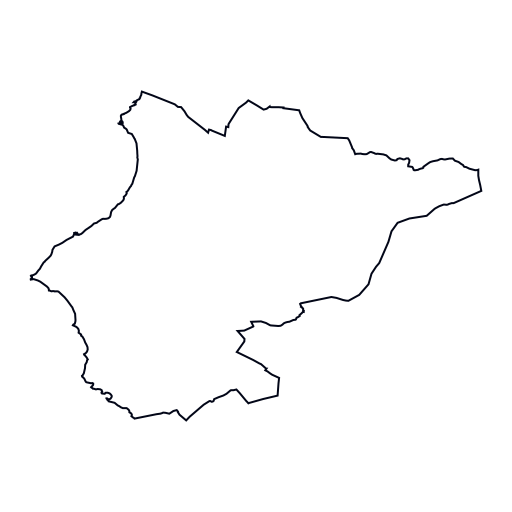 Klepp nor, Rogaland, Norway (Robinson projection)
{"feature_id": "86288312B2742263230079", "entity_name": "Klepp nor", "entity_type": "district", "adm_level": 2, "iso_a3": "NOR", "parent_name": "Norway", "parent_adm1": "Rogaland", "projection": "robinson", "projection_center": [5.601, 58.762], "detail": "fine", "context": "isolated", "style": "outline", "palette": "ink", "viewbox_px": 512, "rotation_deg": 0, "n_neighbors": 0, "source": "geoboundaries", "source_scale": "gbopen_adm2", "svg_char_len": 5978}
<svg xmlns="http://www.w3.org/2000/svg" viewBox="0 0 512 512"><path d="M263.2,399.0L277.6,395.6L278.5,383.3L279.1,377.9L272.1,374.7L270.0,373.3L267.5,371.4L265.3,370.3L266.4,368.7L266.2,368.7L261.0,364.1L259.5,363.5L253.2,360.0L236.8,352.0L244.3,341.5L244.5,338.9L237.6,331.0L244.2,330.6L253.3,326.5L253.4,326.3L251.2,321.8L261.0,321.4L266.0,323.0L269.8,325.1L270.6,325.4L278.3,326.0L280.4,325.8L281.1,325.5L282.6,324.5L283.7,323.4L285.3,322.6L287.4,322.0L289.5,321.7L293.3,320.0L295.6,319.7L295.9,319.4L296.6,317.7L298.0,317.1L299.7,316.0L299.5,315.1L301.8,313.1L302.9,311.9L303.7,312.0L303.8,310.8L303.1,310.7L303.1,308.5L301.3,307.1L301.6,306.9L301.0,306.2L300.3,304.4L300.1,303.9L300.8,303.3L331.4,297.0L336.5,297.9L343.1,300.0L346.0,300.6L348.4,300.8L359.2,294.9L368.5,284.3L371.5,273.7L376.1,266.7L379.2,263.1L388.4,241.9L391.5,231.3L397.6,222.8L409.4,218.5L426.7,215.8L434.4,209.0L435.4,208.3L439.3,206.2L443.6,204.6L444.6,204.6L446.5,204.8L447.7,204.6L448.9,204.0L451.8,203.1L453.7,203.1L481.3,190.9L480.2,185.1L479.0,180.1L478.3,175.8L478.3,173.5L478.3,169.7L477.2,170.1L475.1,170.2L469.4,168.7L466.2,167.1L464.3,166.8L463.9,166.5L463.1,165.1L461.1,163.9L458.6,162.0L454.9,160.7L452.8,158.5L449.4,158.6L445.0,159.5L443.8,159.4L441.9,158.9L440.3,159.1L437.5,160.4L433.1,161.2L431.0,161.8L429.8,162.3L428.3,163.3L423.4,166.8L423.3,167.7L422.7,168.2L420.5,168.7L418.7,169.4L418.1,169.8L414.9,170.3L414.1,170.2L413.6,169.8L413.5,169.2L413.2,168.7L412.9,167.9L412.5,167.2L412.1,166.9L408.2,166.3L408.2,164.7L409.1,162.8L409.5,160.2L408.2,158.4L406.3,158.4L404.7,159.3L403.1,159.4L402.0,158.9L399.9,158.3L397.4,159.0L396.6,160.2L394.9,160.5L391.2,159.5L389.5,158.3L386.4,155.4L383.3,154.4L377.5,153.7L376.6,153.9L375.2,153.7L374.4,153.2L371.1,152.0L370.0,152.1L367.1,153.9L366.1,154.2L364.1,154.2L362.2,154.0L360.8,153.6L356.6,153.8L355.2,154.2L353.8,150.3L352.1,148.0L352.1,147.4L349.2,140.4L347.7,138.2L324.1,137.0L320.8,136.9L310.2,130.5L307.7,127.0L307.6,126.5L307.7,126.4L307.4,125.7L302.4,118.1L300.1,112.9L299.2,110.3L283.4,108.2L283.5,107.5L278.6,107.2L271.7,107.2L269.7,107.0L269.5,106.8L269.5,106.6L266.6,108.8L263.6,109.6L257.0,105.5L248.3,100.4L246.1,102.6L238.7,108.0L228.9,123.5L228.5,124.3L228.3,127.1L226.1,126.6L224.8,135.9L211.9,130.6L211.1,130.1L209.0,129.6L208.1,132.7L204.8,129.8L188.2,116.9L186.7,115.0L184.5,111.3L181.1,107.1L177.9,106.9L174.9,104.4L173.5,103.8L152.4,95.4L141.9,91.6L141.4,93.5L141.3,94.8L140.3,96.8L140.1,97.9L139.5,98.4L139.5,98.9L139.3,99.2L137.2,100.1L135.7,101.2L135.6,101.4L136.3,101.8L136.2,102.0L135.9,102.1L134.4,101.7L134.5,101.6L134.3,101.5L133.7,102.2L134.0,102.2L134.4,102.0L135.2,102.1L135.1,102.5L135.2,103.2L135.7,104.1L135.7,104.5L134.7,104.8L134.8,105.0L134.6,105.2L132.5,105.8L130.0,107.1L130.0,107.5L130.6,108.7L130.2,109.9L128.9,111.2L126.3,112.8L123.4,114.0L123.5,114.2L122.6,114.5L121.9,114.5L121.4,114.9L120.9,115.7L120.9,116.7L121.3,119.0L121.4,120.5L120.1,121.5L119.6,122.6L119.9,123.0L120.5,123.1L121.0,122.0L122.3,121.6L122.4,121.9L122.6,122.0L122.7,122.7L121.2,122.7L120.9,122.8L121.4,123.1L121.7,123.0L122.3,123.2L122.3,123.6L121.9,123.9L121.2,123.8L121.1,123.6L119.4,123.5L118.6,123.6L118.7,123.8L122.6,124.9L123.5,126.1L124.1,127.6L126.0,128.8L126.7,129.5L128.1,132.8L128.7,133.0L131.8,134.0L133.9,137.5L134.4,138.6L134.7,138.8L136.5,143.4L137.2,150.8L137.3,153.5L137.5,156.2L137.3,157.4L137.8,159.4L136.6,170.8L134.9,176.2L134.2,177.4L132.3,183.8L131.5,184.8L131.1,185.9L129.9,187.3L128.2,190.2L127.3,191.4L126.4,192.0L126.7,193.3L126.2,194.4L125.3,195.6L123.8,196.8L123.9,198.6L123.6,199.7L122.7,200.9L120.7,202.9L118.8,204.1L117.9,204.3L115.0,207.9L113.4,209.0L112.1,210.1L111.1,212.1L110.5,215.5L110.0,216.9L108.5,218.2L106.7,218.7L104.8,218.9L103.0,218.8L101.7,219.3L97.9,221.8L96.7,222.8L94.0,223.5L91.4,226.0L85.5,230.0L82.3,233.1L80.7,234.2L78.3,234.7L77.3,233.2L77.0,233.6L76.4,233.5L76.2,234.0L77.2,234.1L77.7,234.8L75.8,234.6L76.1,233.5L76.3,232.9L75.8,232.5L74.1,233.0L74.2,233.9L73.0,236.6L66.6,239.9L62.4,242.8L58.9,244.6L54.6,246.4L52.5,249.8L52.2,251.8L51.4,254.2L50.7,255.6L48.8,257.6L45.2,260.9L44.8,261.6L43.7,262.4L41.2,266.3L39.9,268.8L38.4,270.4L36.1,273.5L34.7,274.4L33.0,275.2L31.2,275.5L30.9,275.8L31.3,276.5L32.0,277.0L32.0,277.8L30.7,279.1L30.8,279.6L33.6,279.1L37.9,280.5L40.3,281.7L46.9,286.5L48.4,288.1L48.8,289.2L48.9,290.5L49.7,290.6L51.4,291.3L52.8,291.1L53.9,291.1L54.6,291.4L57.2,291.3L58.5,291.6L64.6,297.3L67.4,300.7L71.6,306.5L72.3,307.3L73.4,310.1L75.1,313.8L75.5,320.1L75.4,321.4L74.8,323.7L73.3,324.6L72.9,325.3L75.8,326.6L77.1,327.5L78.3,328.9L78.9,330.8L78.6,332.7L81.1,334.5L81.1,335.7L82.4,336.6L84.0,339.3L85.2,342.5L86.5,344.8L87.5,347.1L87.7,349.5L87.0,351.6L85.7,353.2L84.0,354.2L84.2,354.8L85.0,355.5L86.6,357.4L87.8,359.5L87.1,360.2L86.7,362.2L85.2,364.7L85.0,368.2L83.8,373.4L82.7,375.1L82.6,375.7L82.0,375.9L82.1,376.6L84.2,378.5L85.7,381.6L86.3,382.2L87.0,382.4L91.3,383.3L92.2,383.0L93.2,383.5L93.2,384.5L92.9,385.3L91.1,387.2L91.6,387.7L92.6,388.2L92.9,388.7L94.1,388.8L95.9,389.4L97.7,389.0L100.2,389.3L101.6,390.1L102.2,391.7L101.5,392.4L101.5,392.9L102.0,393.5L104.7,393.8L105.5,392.8L107.4,392.7L108.6,393.0L109.9,393.6L111.0,394.7L111.7,395.8L111.7,396.7L111.4,397.4L110.5,398.7L108.8,399.5L106.9,398.3L106.5,398.4L106.7,398.8L107.2,399.2L107.4,399.9L108.4,400.5L108.6,401.3L114.6,402.8L117.7,405.4L119.5,406.3L120.7,407.2L122.7,408.1L126.5,408.1L126.9,408.3L128.7,409.8L129.4,411.2L129.4,412.3L131.2,413.4L131.6,414.1L131.9,415.0L131.4,416.2L133.2,417.6L134.0,418.0L134.5,418.6L156.5,414.2L160.8,413.6L161.0,413.4L162.2,413.1L163.1,412.6L165.4,412.8L169.3,413.7L173.4,411.0L176.7,410.1L178.0,411.6L177.8,412.0L179.5,414.7L186.2,420.4L189.7,416.7L203.7,404.7L209.4,401.1L210.1,401.0L211.8,401.8L213.0,401.4L213.6,400.9L214.2,399.1L218.6,397.2L223.4,395.5L226.5,393.8L230.4,390.5L231.0,390.2L233.5,390.2L236.4,389.5L239.7,393.1L246.5,401.3L246.9,401.6L248.4,403.3L249.0,403.0L263.2,399.0Z" fill="none" stroke="#020617" stroke-width="2"/></svg>